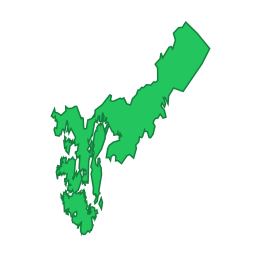 Hábmer smj 2, Nordland, Norway, rotated 273°
{"feature_id": "86288312B17604167467724", "entity_name": "Hábmer smj 2", "entity_type": "district", "adm_level": 2, "iso_a3": "NOR", "parent_name": "Norway", "parent_adm1": "Nordland", "projection": "robinson", "projection_center": [15.771, 67.88], "detail": "fine", "context": "isolated", "style": "filled", "palette": "green", "viewbox_px": 256, "rotation_deg": 273, "n_neighbors": 0, "source": "geoboundaries", "source_scale": "gbopen_adm2", "svg_char_len": 5531}
<svg xmlns="http://www.w3.org/2000/svg" viewBox="0 0 256 256"><g transform="rotate(273 128 128)"><path d="M119.4,151.0L123.2,153.4L131.2,154.8L134.3,152.9L137.0,153.5L139.1,155.1L139.4,157.2L143.6,159.4L139.7,162.5L140.8,165.4L147.5,163.4L151.8,159.9L154.7,160.7L150.8,163.4L154.3,164.2L160.3,161.7L160.5,163.2L154.2,166.7L162.1,166.9L170.3,171.4L167.4,181.1L196.2,198.6L211.6,205.4L226.4,191.9L236.7,180.1L231.3,177.0L230.9,173.4L225.0,168.4L218.3,170.8L209.3,168.5L211.7,166.9L210.7,164.7L199.8,159.0L204.7,157.1L198.8,156.4L193.1,151.8L189.5,154.4L176.8,155.2L175.1,153.2L175.4,151.2L172.0,148.6L172.2,144.1L169.1,141.6L169.3,139.5L166.8,137.7L166.2,135.9L161.8,134.7L157.4,130.9L151.2,129.3L152.0,125.5L157.9,122.3L156.6,120.2L157.4,118.7L153.8,111.7L154.5,109.0L159.4,109.7L160.2,108.2L150.0,101.1L144.1,94.3L137.8,94.1L137.3,93.4L138.8,93.3L135.5,91.3L134.0,87.5L125.2,86.5L124.8,84.9L125.5,83.8L135.4,82.7L136.0,81.3L135.0,80.7L146.8,75.7L146.9,73.9L144.8,71.2L144.3,67.2L146.2,64.7L141.8,65.1L137.2,60.6L139.7,56.2L139.6,54.5L143.3,53.6L135.2,50.6L136.0,51.2L134.1,53.0L135.8,54.7L131.4,55.0L131.0,55.7L132.2,56.3L129.4,57.2L123.8,56.8L124.6,54.9L122.5,54.3L117.0,56.1L116.3,59.7L117.9,60.3L117.8,61.3L123.2,62.4L123.3,63.6L120.2,64.9L132.5,66.8L126.9,68.0L121.4,67.2L122.1,68.3L124.7,68.4L119.7,69.3L124.6,71.1L115.8,76.2L111.2,74.5L109.3,74.5L111.3,75.4L107.6,76.3L109.1,79.4L102.2,78.7L101.4,76.8L99.5,76.7L100.7,77.4L95.4,78.5L96.6,78.9L95.9,80.0L98.5,81.4L85.1,81.3L82.0,83.1L85.0,85.1L82.4,86.6L84.3,87.3L83.2,88.3L79.5,88.4L79.1,87.3L81.5,85.7L77.7,85.8L75.6,84.5L83.5,82.0L77.7,79.5L81.5,78.8L74.0,76.0L75.5,75.2L77.1,76.8L93.3,77.2L94.4,75.0L96.0,74.4L93.4,72.3L93.9,71.0L92.4,70.7L94.4,70.7L89.6,68.8L89.9,67.6L88.8,67.4L94.5,68.0L95.5,67.5L94.5,65.6L95.4,65.2L92.9,63.8L94.7,63.3L93.0,62.5L89.2,62.6L89.0,63.7L91.1,64.5L90.3,65.0L88.3,63.3L85.4,63.7L89.1,62.9L82.4,61.4L86.5,60.8L86.7,59.8L84.7,59.7L85.7,59.1L81.3,60.0L82.6,59.3L80.5,58.7L73.1,60.3L77.3,60.2L77.8,61.0L76.4,61.3L79.2,61.4L80.0,62.0L76.6,62.2L79.2,62.9L77.7,63.8L79.7,63.6L77.5,64.4L79.6,65.6L78.4,66.4L79.9,66.6L78.8,67.6L79.0,69.5L72.8,69.2L74.5,68.6L74.0,67.5L71.1,67.6L70.9,68.8L68.7,68.1L67.4,68.9L71.7,69.3L71.0,69.5L72.8,71.3L67.5,72.0L68.7,73.6L68.0,74.0L67.3,71.4L62.6,70.9L62.8,72.1L61.2,72.5L61.9,73.4L60.7,73.6L61.6,74.6L60.3,74.2L63.3,75.8L60.8,76.9L56.8,75.4L56.3,72.7L54.0,72.6L57.3,72.5L57.0,71.2L59.0,71.6L59.0,70.0L57.8,69.8L61.4,69.5L61.0,70.1L62.0,69.1L60.3,68.8L60.4,67.3L55.4,67.2L57.9,64.7L53.7,65.2L54.4,65.3L52.8,66.2L54.2,66.1L55.5,66.6L53.1,66.4L53.8,67.1L48.9,67.2L48.1,67.5L50.7,67.4L50.8,67.9L41.1,68.9L41.0,70.2L42.3,69.9L41.7,70.4L42.6,70.3L43.0,70.8L41.8,70.9L42.9,71.8L39.1,70.8L38.4,72.8L43.4,71.8L44.2,72.9L41.8,72.8L40.2,75.0L36.4,76.0L36.8,77.4L39.7,77.8L42.0,80.8L39.8,81.5L36.9,80.6L36.9,79.1L38.1,78.7L37.7,77.6L33.4,76.9L30.1,78.1L30.9,78.2L27.7,83.3L25.6,82.9L25.7,83.8L28.7,83.3L28.1,84.1L28.8,84.6L27.2,84.7L28.9,85.1L27.8,85.8L30.4,85.3L31.4,86.4L22.9,86.0L19.6,87.3L20.5,87.7L19.3,89.7L19.8,90.8L23.2,93.4L21.9,95.1L24.6,96.2L24.1,96.8L29.9,98.4L29.0,97.6L37.4,96.2L36.5,96.9L37.4,97.3L37.2,98.6L36.5,98.6L37.4,99.2L35.0,99.7L37.8,100.8L40.8,100.2L41.1,102.1L44.5,101.2L43.1,99.3L46.3,98.8L47.4,96.6L46.8,95.1L42.2,94.7L42.2,95.6L40.9,94.7L42.0,94.4L40.6,94.5L41.1,93.4L40.0,93.2L40.1,92.4L44.1,92.3L45.1,90.5L47.3,91.4L52.7,90.5L51.9,89.5L53.4,89.6L52.3,89.2L53.1,88.8L56.5,89.8L58.4,88.8L55.5,88.4L60.2,87.3L59.3,88.4L60.8,88.5L64.1,87.2L63.0,86.0L61.8,86.7L59.5,84.0L62.6,84.2L60.2,82.1L60.7,81.7L59.8,80.3L60.1,80.2L60.2,78.9L60.7,78.4L63.3,81.5L73.9,84.5L72.4,85.7L69.2,85.4L72.0,86.9L67.8,88.4L71.2,87.8L72.1,88.8L71.3,89.3L72.4,89.9L70.3,91.0L92.9,90.5L98.2,91.6L97.3,93.1L100.0,93.6L110.4,93.3L107.1,93.8L109.0,94.4L113.2,92.4L108.8,91.0L105.6,92.0L100.5,91.1L103.2,90.4L102.6,89.9L104.5,88.5L108.0,90.4L113.4,88.6L114.0,88.7L111.8,89.8L119.3,92.4L117.8,92.7L131.7,94.3L132.6,95.1L131.9,96.8L134.0,95.7L133.5,97.4L137.8,97.8L138.5,98.8L133.2,99.3L133.1,101.3L142.1,101.9L137.4,103.7L136.7,103.1L138.0,102.5L133.1,102.7L132.9,103.6L137.7,106.3L130.8,105.3L133.1,106.6L131.9,108.1L129.1,106.5L126.9,107.5L127.8,106.3L125.6,105.1L121.4,106.5L129.9,108.9L123.4,112.5L123.4,113.6L120.0,114.4L120.9,117.3L123.3,118.1L120.2,118.7L120.1,119.7L122.4,120.3L119.8,122.0L119.7,119.9L118.7,120.8L118.2,119.6L115.3,120.2L113.0,114.0L109.7,110.2L106.3,108.8L97.2,107.9L97.5,110.4L94.5,112.2L98.6,112.7L100.7,115.2L99.1,117.4L94.5,117.3L95.0,119.6L92.1,123.4L100.1,128.3L101.7,130.8L98.2,135.2L108.0,137.4L111.3,136.6L114.7,139.4L119.8,140.0L119.2,142.2L120.0,142.9L127.0,144.7L125.5,145.3L125.3,147.6L119.7,149.5L119.4,151.0ZM101.8,95.4L87.1,92.9L84.9,94.6L80.1,93.6L66.4,96.6L61.2,96.6L59.8,97.2L60.4,98.5L59.0,98.9L59.8,99.4L57.7,100.2L52.5,98.3L50.7,99.0L53.0,101.0L59.3,101.8L61.4,103.4L63.2,102.1L80.2,104.0L87.0,103.2L91.2,101.0L92.0,102.0L95.6,101.4L96.3,100.9L95.9,99.8L88.4,99.7L89.8,98.0L95.2,96.8L105.4,102.6L116.4,105.7L121.4,105.6L131.7,102.1L130.3,101.2L131.1,100.4L129.2,100.1L130.2,99.0L128.9,98.0L126.6,96.8L124.1,97.3L123.2,96.4L123.7,96.0L120.9,95.0L111.6,94.1L109.1,95.0L104.7,94.0L101.8,95.4ZM112.2,64.6L104.8,65.8L104.3,66.0L105.7,67.5L102.0,67.1L98.9,70.1L106.9,71.0L109.3,73.2L112.8,73.2L111.8,72.3L112.9,72.1L110.7,71.8L114.4,70.2L109.9,70.5L113.9,69.1L110.6,66.7L112.0,65.9L115.0,66.6L116.1,65.3L112.4,65.7L112.2,64.6ZM50.7,103.0L45.8,105.7L52.3,106.4L56.7,104.9L50.7,103.0ZM48.0,93.0L40.9,93.2L50.7,94.7L48.0,93.0Z" fill="#22c55e" stroke="#15803d" stroke-width="1.5"/></g></svg>